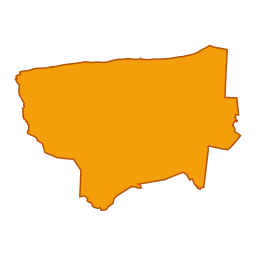 Liepupes pag., Salacgrivas, Latvia (Albers equal-area conic projection), rotated 90°
{"feature_id": "27541924B57299636563148", "entity_name": "Liepupes pag.", "entity_type": "district", "adm_level": 2, "iso_a3": "LVA", "parent_name": "Latvia", "parent_adm1": "Salacgrivas", "projection": "albers", "projection_center": [24.439, 57.482], "detail": "fine", "context": "isolated", "style": "filled", "palette": "amber", "viewbox_px": 256, "rotation_deg": 90, "n_neighbors": 0, "source": "geoboundaries", "source_scale": "gbopen_adm2", "svg_char_len": 5452}
<svg xmlns="http://www.w3.org/2000/svg" viewBox="0 0 256 256"><g transform="rotate(90 128 128)"><path d="M49.8,28.8L49.7,29.2L49.5,29.4L49.3,29.9L49.2,30.6L49.1,30.8L49.2,31.3L49.0,32.1L48.9,32.4L48.9,33.2L48.7,33.4L48.8,33.7L48.9,33.8L48.6,34.7L48.5,35.4L48.3,35.8L48.0,36.1L48.0,36.4L47.9,36.7L48.0,36.9L47.9,37.6L48.0,38.3L47.8,39.2L47.8,39.5L47.7,39.8L47.4,40.4L47.4,40.8L47.2,41.1L47.2,41.4L47.1,41.6L46.9,42.6L46.7,43.1L46.5,43.7L46.0,45.1L46.0,45.4L46.0,45.7L45.8,45.8L45.7,46.2L45.7,46.6L45.8,47.1L46.0,47.4L46.3,47.6L46.5,47.9L46.7,48.2L47.6,49.8L48.2,51.0L48.8,52.3L50.1,54.5L50.6,55.6L51.4,56.7L52.3,58.3L52.6,58.6L52.7,59.2L53.3,60.5L53.4,60.9L54.0,62.2L54.2,62.8L54.4,63.3L54.4,63.9L54.4,64.3L54.9,65.7L55.1,66.8L55.3,67.4L55.5,68.4L55.6,68.8L55.9,70.7L56.1,71.0L56.1,71.3L56.6,72.9L56.6,73.5L56.6,74.2L56.8,75.8L56.8,76.1L56.8,76.4L56.9,76.8L56.9,77.3L57.2,78.4L57.5,79.2L57.5,79.6L57.6,80.0L57.5,81.3L57.5,81.6L57.6,81.9L58.0,82.9L58.2,84.1L58.3,84.6L58.4,86.1L58.6,87.4L58.6,88.2L58.7,88.8L58.8,90.4L58.9,90.7L59.0,92.7L59.1,94.0L59.0,94.3L59.0,95.3L59.1,95.7L59.0,96.3L59.1,97.1L59.1,97.4L59.1,98.3L59.2,99.2L59.2,99.3L59.2,100.0L59.1,101.0L59.2,101.9L59.1,102.3L59.2,102.6L59.2,103.1L59.3,103.2L59.4,103.7L59.6,105.7L59.6,108.8L59.6,109.7L59.5,111.5L59.5,111.8L59.4,112.1L59.2,112.3L59.3,112.9L59.4,113.1L59.4,113.3L59.7,113.5L58.8,115.3L57.4,115.3L58.8,115.4L59.1,116.5L59.3,117.4L59.4,118.2L59.4,118.5L59.3,119.5L59.4,120.2L59.3,120.5L59.3,122.7L59.1,124.4L58.9,125.6L58.7,126.5L58.6,127.0L58.7,127.6L58.6,127.9L58.6,128.1L58.7,128.4L58.9,129.1L58.9,129.3L59.0,129.4L59.0,129.7L58.8,130.1L59.0,131.1L59.1,131.3L59.1,131.7L59.3,133.6L59.3,134.0L59.4,135.2L59.4,135.7L59.3,136.2L59.3,137.1L59.4,137.7L59.5,138.6L59.9,140.8L60.0,140.9L60.3,142.1L60.3,142.8L60.4,143.1L60.5,143.8L60.7,144.1L62.2,149.5L62.3,151.0L62.4,154.7L62.2,156.5L62.1,157.6L62.2,158.1L62.1,158.6L62.2,159.9L62.3,160.9L62.4,161.8L62.5,163.7L62.4,164.7L62.4,164.8L62.4,165.4L62.3,166.4L62.4,166.6L62.2,167.6L62.2,168.0L62.0,168.9L61.9,169.2L61.9,169.3L62.0,169.4L61.9,169.8L62.0,170.9L62.0,171.0L61.9,171.7L61.9,172.3L62.0,172.8L62.4,173.7L62.4,173.8L62.5,174.2L62.7,176.1L62.9,177.5L63.4,180.9L63.5,181.9L63.6,182.0L63.7,182.7L63.7,183.1L63.7,183.9L63.9,184.5L63.9,185.0L63.8,185.3L64.0,185.8L64.3,188.3L64.4,189.3L64.5,190.4L64.6,190.8L64.7,192.0L64.8,192.5L64.8,192.8L65.0,193.3L65.2,194.3L65.3,194.4L65.6,196.0L65.5,196.3L65.7,196.9L65.9,197.1L65.9,197.8L65.9,198.0L66.1,198.1L66.2,198.5L66.2,199.1L66.5,200.2L66.5,200.3L66.6,201.3L66.7,201.5L66.9,202.8L66.7,202.8L66.8,204.4L66.9,204.7L66.9,205.6L67.2,206.2L67.3,207.1L67.9,209.5L68.0,210.6L67.9,211.3L68.2,212.6L68.2,213.1L68.2,213.4L68.2,215.3L68.2,216.5L68.2,217.6L68.4,219.9L68.6,220.5L68.6,221.0L69.0,222.8L69.2,223.0L69.5,223.7L69.9,225.0L70.1,226.2L70.4,226.6L70.5,227.6L70.8,229.1L71.0,230.0L71.0,230.7L71.2,232.2L71.3,232.9L71.4,233.5L71.6,234.8L71.7,235.3L71.9,235.6L71.9,235.9L72.5,235.9L72.5,236.3L74.6,235.9L74.9,238.2L76.4,240.0L78.7,239.1L78.9,240.5L79.1,240.6L79.2,240.3L79.3,240.4L80.4,239.9L80.5,239.9L80.9,239.7L81.1,239.5L81.4,239.4L81.5,239.3L81.7,239.1L81.9,239.0L82.1,238.9L82.4,238.9L82.5,238.7L84.8,237.1L84.8,236.6L90.8,237.1L92.7,236.9L94.2,236.8L96.0,235.8L101.3,233.1L102.2,232.5L103.6,231.7L103.9,232.1L104.2,232.2L105.1,232.3L105.4,232.2L105.5,232.0L105.9,231.6L106.7,231.7L107.5,232.4L107.7,232.7L108.3,233.4L108.6,233.6L110.1,232.7L111.3,233.0L111.4,233.4L111.9,233.5L112.7,233.4L113.2,233.2L113.3,233.0L113.5,232.9L114.0,232.7L114.4,232.7L114.6,232.7L114.8,232.8L115.0,232.6L115.3,232.8L115.4,233.0L115.5,233.1L115.8,232.9L116.0,233.0L116.2,232.7L116.7,232.5L118.5,232.3L119.8,230.5L120.3,230.4L121.2,230.4L121.5,229.4L122.3,228.5L122.9,228.8L123.1,228.8L123.8,228.4L124.3,228.3L124.9,227.1L130.4,227.4L130.6,228.1L133.3,228.5L137.4,219.8L140.7,218.4L142.1,216.1L143.6,213.5L152.5,211.1L154.5,206.4L154.6,205.8L157.1,200.1L157.5,199.6L158.0,194.8L158.3,193.2L159.0,185.1L159.2,182.4L170.5,175.0L172.6,175.1L179.2,175.5L179.2,175.4L179.4,175.4L196.9,176.2L195.9,172.5L196.8,170.1L198.5,168.6L198.8,168.2L200.7,168.9L201.1,168.4L202.2,167.2L202.3,165.6L202.5,165.0L202.9,165.0L203.2,164.5L203.7,164.3L204.3,164.0L205.8,163.5L206.5,163.1L206.9,162.5L207.3,161.9L208.4,157.9L207.5,155.7L210.3,154.9L209.9,151.7L209.5,150.2L209.3,149.5L206.9,148.0L204.8,145.1L203.5,143.1L198.6,142.0L196.1,139.5L190.0,130.0L188.0,126.8L187.6,126.0L187.0,124.8L186.2,124.6L186.3,124.1L186.5,123.8L187.1,121.0L186.8,120.1L187.8,118.7L188.1,117.7L188.0,115.2L187.9,114.7L184.9,115.9L184.2,117.5L183.7,115.0L179.7,91.5L176.3,83.3L174.4,78.1L174.2,77.9L172.3,72.8L172.5,72.5L173.8,70.6L174.3,69.8L175.5,68.7L177.1,68.0L180.0,66.2L179.0,63.7L184.0,61.5L186.5,59.5L186.7,58.4L187.7,58.8L188.2,58.3L188.3,57.3L189.0,56.9L188.8,56.5L188.7,56.0L188.9,55.9L189.2,56.0L189.3,55.8L189.0,55.6L188.7,55.7L188.1,55.6L188.0,55.3L187.8,55.1L187.6,54.2L187.4,53.4L187.5,53.1L187.6,52.9L187.4,52.2L187.2,52.3L183.5,51.9L181.6,51.5L178.6,51.2L153.7,48.2L149.1,47.7L146.9,48.1L146.2,47.4L146.0,47.1L147.0,42.5L148.4,35.7L148.9,33.4L149.2,31.4L149.5,30.1L149.8,28.4L147.9,26.0L145.3,23.5L135.7,15.4L131.2,21.5L129.5,21.0L125.5,22.8L125.5,23.1L125.4,23.4L121.4,21.6L121.7,19.6L121.2,18.7L120.4,18.6L119.9,19.7L120.2,20.2L120.2,20.3L116.8,20.4L116.6,20.9L114.9,20.4L114.8,18.5L114.8,17.9L115.0,17.4L98.4,19.2L98.0,19.1L97.4,31.1L78.5,30.3L50.2,28.8L49.8,28.8Z" fill="#f59e0b" stroke="#b45309" stroke-width="1.5"/></g></svg>